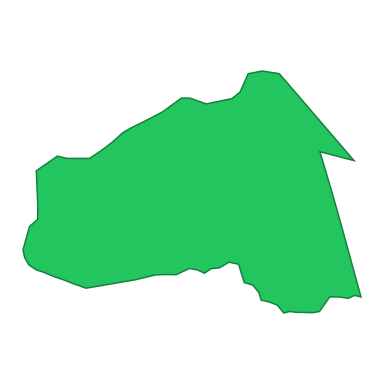 the district of Cacimbas, Paraíba, Brazil
{"feature_id": "56859067B37855535348821", "entity_name": "Cacimbas", "entity_type": "district", "adm_level": 2, "iso_a3": "BRA", "parent_name": "Brazil", "parent_adm1": "Paraíba", "projection": "robinson", "projection_center": [-37.096, -7.206], "detail": "fine", "context": "isolated", "style": "filled", "palette": "green", "viewbox_px": 384, "rotation_deg": 0, "n_neighbors": 0, "source": "geoboundaries", "source_scale": "gbopen_adm2", "svg_char_len": 923}
<svg xmlns="http://www.w3.org/2000/svg" viewBox="0 0 384 384"><path d="M23.0,249.8L24.7,257.7L28.9,264.9L36.3,269.9L44.0,272.4L53.9,276.6L64.0,280.0L75.2,284.4L86.1,288.2L135.2,279.8L155.1,275.0L162.7,274.6L170.0,274.6L176.2,274.7L182.8,271.6L189.5,268.5L197.4,269.9L204.5,273.2L211.1,268.7L219.6,267.8L228.9,262.2L238.6,264.2L241.6,274.3L244.3,282.6L252.8,285.1L258.9,292.7L261.2,300.2L268.7,301.8L277.4,305.1L283.7,313.0L289.7,311.5L297.0,312.4L304.0,312.4L312.5,312.7L319.5,311.5L323.9,305.2L329.7,296.9L338.7,296.9L348.4,298.3L354.6,295.4L361.0,296.9L340.7,223.1L331.8,191.6L319.9,151.7L354.0,160.6L279.3,73.7L262.1,71.0L248.2,73.7L240.2,91.8L232.0,98.6L206.1,103.9L189.8,98.1L181.3,98.1L162.7,111.8L147.8,119.6L131.8,127.5L122.6,132.8L113.7,141.0L101.4,150.5L89.4,158.4L66.8,158.4L57.5,156.1L36.3,170.7L37.4,196.1L37.8,207.7L37.6,219.4L29.5,226.5L23.0,249.8Z" fill="#22c55e" stroke="#15803d" stroke-width="1.5"/></svg>